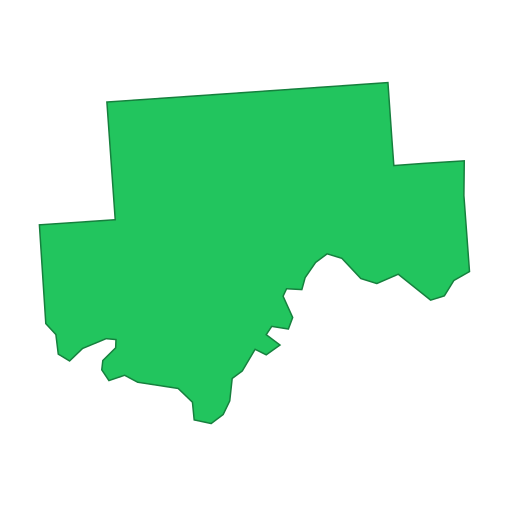 outline of Haskell, Oklahoma, United States of America, rotated 176°
{"feature_id": "52423323B35994808569897", "entity_name": "Haskell", "entity_type": "district", "adm_level": 2, "iso_a3": "USA", "parent_name": "United States of America", "parent_adm1": "Oklahoma", "projection": "mercator", "projection_center": [-95.116, 35.259], "detail": "fine", "context": "isolated", "style": "filled", "palette": "green", "viewbox_px": 512, "rotation_deg": 176, "n_neighbors": 0, "source": "geoboundaries", "source_scale": "gbopen_adm2", "svg_char_len": 786}
<svg xmlns="http://www.w3.org/2000/svg" viewBox="0 0 512 512"><g transform="rotate(176 256 256)"><path d="M394.0,420.0L393.9,302.0L469.9,302.2L470.4,203.2L461.1,191.6L460.1,171.9L449.3,164.3L435.4,175.9L411.3,184.0L401.5,182.4L402.4,174.2L416.1,162.4L417.8,153.2L411.4,142.0L395.4,146.2L382.8,138.3L342.9,129.3L329.6,114.6L329.1,96.8L312.4,92.0L299.8,100.2L292.3,113.3L288.3,135.5L277.7,142.3L263.4,163.0L252.7,156.7L238.3,165.5L251.3,176.8L245.2,184.7L228.8,180.9L223.7,192.1L231.8,214.0L227.8,221.2L212.6,219.3L208.5,231.0L197.0,245.4L184.9,253.2L170.5,247.7L153.0,226.2L137.4,220.1L115.4,227.9L84.9,199.8L70.9,203.1L60.3,217.8L44.1,225.6L44.4,301.9L41.6,336.4L82.6,336.7L112.2,336.6L112.3,364.6L112.3,419.8L394.0,420.0Z" fill="#22c55e" stroke="#15803d" stroke-width="1.5"/></g></svg>